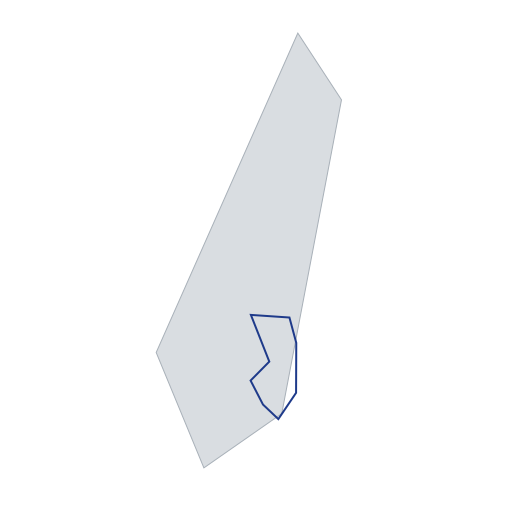 where North Side sits in Anguilla, rotated 137°
{"feature_id": "AIA-5119", "entity_name": "North Side", "entity_type": "District", "adm_level": 1, "iso_a3": "AIA", "parent_name": "Anguilla", "parent_adm1": "", "projection": "equal_earth", "projection_center": [-63.042, 18.253], "detail": "fine", "context": "in_parent", "style": "outline", "palette": "blue", "viewbox_px": 512, "rotation_deg": 137, "n_neighbors": 0, "source": "natural_earth", "source_scale": "10m", "svg_char_len": 406}
<svg xmlns="http://www.w3.org/2000/svg" viewBox="0 0 512 512"><g transform="rotate(137 256 256)"><path d="M394.8,253.5L73.4,390.5L87.0,311.9L344.6,123.2L438.6,136.6L394.8,253.5Z" fill="#d9dde1" stroke="#a8b0b8" stroke-width="1"/><path d="M273.5,188.2L285.8,165.0L320.0,128.6L350.9,121.5L352.2,142.6L344.9,168.6L318.3,169.7L299.9,216.4L273.5,188.2Z" fill="none" stroke="#1e3a8a" stroke-width="2"/></g></svg>